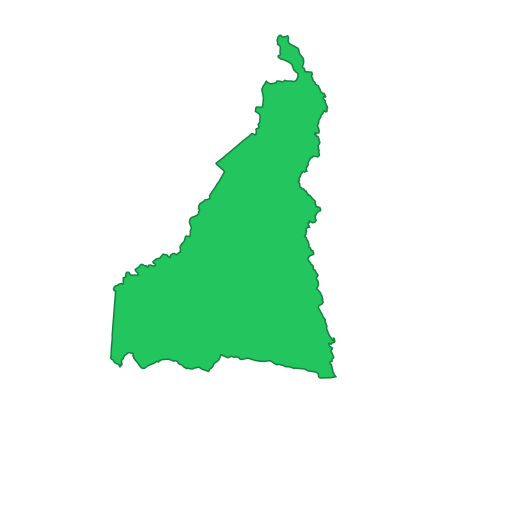 Dedza, Dedza, Malawi, rotated 136°
{"feature_id": "42251766B66225457753973", "entity_name": "Dedza", "entity_type": "district", "adm_level": 2, "iso_a3": "MWI", "parent_name": "Malawi", "parent_adm1": "Dedza", "projection": "natural_earth1", "projection_center": [34.006, -14.237], "detail": "fine", "context": "isolated", "style": "filled", "palette": "green", "viewbox_px": 512, "rotation_deg": 136, "n_neighbors": 0, "source": "geoboundaries", "source_scale": "gbopen_adm2", "svg_char_len": 6110}
<svg xmlns="http://www.w3.org/2000/svg" viewBox="0 0 512 512"><g transform="rotate(136 256 256)"><path d="M370.3,205.9L367.8,206.7L365.6,206.4L363.8,206.5L360.9,207.8L356.1,207.0L354.8,207.2L351.7,208.3L349.8,209.4L347.0,202.6L345.9,201.8L343.7,201.3L341.9,198.3L340.2,197.0L339.4,195.8L338.9,194.1L339.2,193.3L338.4,191.6L332.8,188.2L329.1,181.4L325.6,176.8L323.2,174.3L319.1,171.5L318.1,169.4L317.5,166.0L316.5,163.2L314.9,162.3L312.5,158.4L311.8,156.1L308.9,153.0L306.6,148.5L305.8,148.3L299.6,141.1L299.0,139.8L298.5,137.5L293.7,131.1L292.8,128.3L294.7,125.8L294.7,124.1L294.3,123.4L286.7,116.5L282.4,113.7L282.2,115.8L281.1,119.2L277.1,125.7L277.5,126.3L277.6,127.4L276.3,128.3L274.4,127.4L273.0,128.9L270.6,128.9L267.8,135.8L265.8,136.2L264.9,136.8L265.6,139.3L265.4,141.0L264.9,142.3L264.0,142.5L263.5,140.7L263.0,140.2L261.7,140.8L259.7,139.4L258.8,139.7L257.4,141.5L257.1,142.4L257.4,143.1L258.3,141.6L259.3,141.6L259.5,142.1L258.1,149.0L255.6,154.9L253.7,156.3L251.8,160.9L250.4,162.1L249.9,166.0L249.1,167.7L247.1,175.3L246.5,176.1L245.3,176.6L241.9,175.6L240.3,175.9L239.5,176.5L238.8,178.5L238.1,178.4L236.1,181.9L236.0,183.5L235.1,185.0L235.0,190.4L231.3,191.6L229.6,193.6L229.6,194.5L228.8,194.9L228.5,197.6L226.8,198.7L225.1,198.8L225.2,199.4L224.4,200.0L224.4,201.9L223.3,204.9L224.1,205.9L224.1,206.4L222.5,208.2L221.7,209.6L221.8,210.5L222.4,211.6L221.4,213.1L221.6,214.5L220.8,218.0L217.4,218.8L213.5,217.2L212.8,217.6L211.4,220.5L212.1,221.0L212.0,222.6L211.3,224.0L211.8,225.5L209.9,227.5L208.4,230.4L208.0,232.5L207.1,234.2L207.5,236.3L204.7,237.1L204.4,237.8L202.4,238.7L202.0,239.9L200.5,240.9L198.8,240.7L197.4,239.6L197.2,240.6L196.8,240.9L196.8,242.2L195.6,243.6L194.7,242.9L193.4,244.1L192.2,240.6L190.9,239.7L189.8,239.5L187.9,239.9L187.4,241.8L186.3,242.6L185.6,244.0L183.9,243.8L183.0,244.5L180.7,244.7L179.1,244.4L178.4,243.8L177.3,244.4L176.4,246.6L178.4,249.7L176.9,252.7L175.4,254.1L175.3,254.9L175.5,258.5L175.1,262.0L175.7,262.7L175.6,263.5L176.1,264.2L175.5,265.1L175.6,266.1L174.9,268.0L175.4,269.2L175.2,271.1L175.7,272.3L176.3,272.7L176.0,273.5L176.3,274.8L176.0,275.9L174.3,277.6L173.8,280.3L172.4,280.0L171.1,281.9L169.2,282.4L166.2,283.8L164.8,283.7L164.2,284.2L163.0,283.7L162.6,282.5L161.4,282.6L160.5,281.7L159.6,283.6L158.3,284.6L157.4,284.6L156.1,285.2L155.3,285.1L153.9,286.9L150.6,287.9L149.8,288.5L149.4,288.2L148.2,288.5L147.1,288.0L146.2,288.2L143.9,286.3L142.8,284.5L140.5,284.3L138.4,287.4L137.2,288.1L137.0,289.4L136.4,289.6L136.1,290.5L134.8,292.1L134.0,292.5L132.5,292.6L130.7,293.8L130.7,295.1L130.2,295.8L129.6,295.9L129.4,297.2L128.5,298.1L128.7,299.7L129.4,300.1L128.6,301.7L129.4,302.6L129.3,303.0L128.1,303.3L125.3,300.8L123.3,302.4L122.9,303.8L122.3,304.2L122.2,305.0L121.6,306.4L120.8,307.5L118.7,308.0L116.6,309.9L112.9,311.0L111.6,312.0L109.1,312.0L106.0,313.2L105.9,311.4L104.8,310.7L103.8,311.2L103.0,312.7L101.7,312.8L100.9,314.1L100.8,315.1L99.3,318.5L98.3,319.6L98.4,322.7L96.7,323.4L95.6,322.1L95.2,322.1L94.4,324.6L94.2,325.9L94.9,326.1L95.2,327.1L95.1,329.8L94.2,331.3L93.8,333.1L92.9,334.9L93.4,336.1L93.8,338.5L93.2,339.3L93.0,342.5L91.6,345.2L91.7,345.9L90.5,347.3L89.4,347.5L88.2,349.5L92.7,354.6L91.1,357.0L91.1,357.9L91.7,358.9L91.5,359.6L87.1,362.2L84.8,365.0L84.2,371.2L81.8,375.1L81.5,376.3L84.3,385.0L84.4,386.4L83.3,388.6L81.1,390.2L80.3,391.9L80.3,392.4L82.4,393.3L84.7,394.9L85.0,395.3L84.8,397.3L85.2,398.0L86.2,398.3L88.1,398.2L91.0,396.5L92.1,394.4L93.5,393.3L92.9,391.4L93.1,390.0L93.7,389.0L97.0,386.1L98.5,384.0L99.4,383.9L100.8,384.6L101.6,384.1L101.9,383.2L101.2,380.2L99.5,377.6L97.5,371.8L97.2,368.9L99.5,363.6L99.5,360.5L99.0,358.1L101.2,355.9L104.8,354.4L106.7,354.8L107.8,355.5L109.4,357.7L111.8,359.9L113.3,362.4L115.7,362.5L117.6,365.5L119.5,367.3L121.3,366.8L125.7,369.4L127.1,372.4L127.2,374.6L127.9,374.6L129.8,373.7L132.2,373.4L136.1,371.8L140.7,364.7L147.1,359.1L148.8,359.2L152.1,362.8L153.3,362.6L156.0,360.4L154.9,355.7L155.8,353.9L160.1,349.8L161.1,349.3L162.6,349.4L163.3,348.8L164.3,346.5L165.0,346.2L167.2,347.2L168.0,347.2L169.6,345.0L171.8,343.5L172.6,344.0L173.4,346.4L174.1,347.0L177.3,346.9L183.5,347.7L210.8,349.5L220.3,350.5L220.7,349.6L219.8,340.0L220.2,338.9L220.8,338.2L232.2,334.9L233.3,335.0L237.4,333.8L246.5,332.0L247.7,331.3L249.3,329.4L251.7,330.3L253.6,331.8L255.2,331.6L260.2,332.6L262.0,331.9L264.2,330.3L264.5,329.9L264.5,328.5L265.2,327.8L266.6,327.7L267.7,326.6L269.1,326.1L272.1,326.9L275.4,328.4L277.4,328.5L278.9,327.8L280.7,326.2L282.8,321.2L285.7,319.8L289.2,316.3L290.3,316.3L292.3,318.8L293.2,318.9L297.9,316.3L301.1,316.3L303.8,315.7L304.9,314.7L305.4,313.5L306.4,312.9L307.4,311.4L309.8,312.1L312.1,311.9L313.2,314.8L314.0,315.4L317.1,316.0L318.1,314.9L319.0,314.8L319.4,315.7L319.4,318.8L321.6,321.9L326.6,321.3L329.7,323.1L334.1,323.5L334.7,322.5L334.2,320.3L334.4,319.6L335.0,319.2L336.0,319.4L337.0,320.6L338.1,322.7L339.2,323.6L340.1,323.8L341.7,323.1L341.9,325.3L342.9,326.4L343.5,328.8L344.9,330.0L347.7,329.5L352.2,330.2L352.7,329.6L353.0,328.0L352.9,325.8L353.7,324.6L354.3,324.2L359.3,329.3L359.5,330.3L358.7,332.4L360.1,334.0L361.7,333.8L364.2,331.5L366.7,332.4L369.3,329.9L370.0,328.7L371.0,328.1L371.4,328.3L371.8,329.6L374.7,331.2L375.9,331.0L377.8,332.0L379.1,332.2L381.1,331.5L381.8,330.7L382.0,329.7L381.3,328.6L382.9,326.9L414.2,299.2L416.8,296.4L424.2,290.1L427.0,287.3L430.9,283.8L431.5,283.6L431.7,282.0L431.0,280.4L431.6,278.9L431.7,277.5L429.9,272.6L430.7,271.8L430.8,270.8L428.5,271.0L428.2,271.4L427.8,271.1L427.3,271.5L426.7,272.9L424.8,274.5L422.5,274.4L422.4,274.8L419.6,275.7L417.3,275.2L416.4,275.5L414.5,274.8L412.1,271.3L413.2,270.0L414.0,269.7L413.9,268.4L415.0,267.1L414.9,265.5L415.3,264.6L415.1,263.3L416.2,256.2L415.9,254.3L414.2,252.6L409.7,252.1L403.9,249.7L400.6,249.1L399.7,247.4L398.5,247.9L397.2,247.6L397.2,247.1L395.8,247.0L390.5,242.4L388.8,238.9L388.5,237.8L386.5,236.4L385.9,235.0L385.9,234.2L386.4,232.9L386.0,231.1L385.1,229.2L384.9,225.7L384.3,224.5L384.4,223.4L383.3,223.1L381.6,220.4L379.8,218.6L378.2,218.2L374.2,215.6L373.6,212.4L370.3,205.9Z" fill="#22c55e" stroke="#15803d" stroke-width="1.5"/></g></svg>